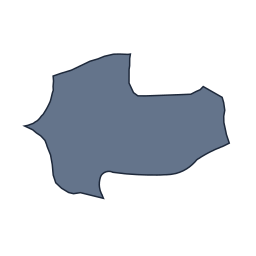 outline of Dumyat 1, Dumyat, Egypt, rotated 189°
{"feature_id": "37247803B95914699067070", "entity_name": "Dumyat 1", "entity_type": "district", "adm_level": 2, "iso_a3": "EGY", "parent_name": "Egypt", "parent_adm1": "Dumyat", "projection": "robinson", "projection_center": [31.808, 31.407], "detail": "fine", "context": "isolated", "style": "filled", "palette": "slate", "viewbox_px": 256, "rotation_deg": 189, "n_neighbors": 0, "source": "geoboundaries", "source_scale": "gbopen_adm2", "svg_char_len": 2488}
<svg xmlns="http://www.w3.org/2000/svg" viewBox="0 0 256 256"><g transform="rotate(189 128 128)"><path d="M230.4,113.8L221.8,111.3L217.7,108.8L213.1,106.7L211.1,105.2L208.0,102.7L207.7,102.2L206.5,100.1L206.1,99.5L204.9,97.0L200.3,89.3L197.1,80.1L194.5,69.8L190.8,62.6L184.2,58.1L176.6,55.0L171.5,54.6L164.9,56.7L152.0,55.6L141.3,54.7L141.5,55.0L141.8,55.5L142.7,57.0L143.3,58.1L143.5,58.2L143.6,58.4L144.1,59.1L144.3,59.5L144.6,59.9L145.0,60.7L145.3,61.1L145.5,61.5L145.9,62.3L146.0,62.7L146.2,63.1L146.5,64.0L146.7,64.4L146.8,64.8L147.1,65.7L147.2,66.2L147.3,66.6L147.5,67.5L147.6,67.9L147.6,68.4L147.7,69.3L147.8,69.8L147.8,70.2L147.8,71.1L147.8,71.6L147.8,72.0L147.8,72.9L147.7,73.3L147.7,73.8L147.6,74.8L147.5,75.2L147.4,75.7L147.2,76.5L147.1,76.8L146.9,77.3L146.6,77.8L146.3,78.3L145.9,78.8L145.5,79.2L145.1,79.7L144.6,80.1L144.4,80.3L144.2,80.4L143.7,80.8L143.4,80.9L143.2,81.1L142.6,81.4L142.1,81.6L141.5,81.8L141.0,82.0L140.4,82.1L139.8,82.2L139.2,82.3L138.6,82.3L138.3,82.3L138.0,82.3L137.4,82.2L136.8,82.1L136.6,82.0L136.2,82.0L136.0,81.9L126.0,82.3L125.6,82.3L125.2,82.3L121.9,82.5L118.6,82.8L115.2,83.1L111.9,83.4L108.5,83.8L105.2,84.2L101.9,84.6L98.6,85.1L98.3,85.1L98.0,85.2L95.3,85.6L91.9,86.1L88.6,86.7L85.4,87.4L82.1,88.0L81.0,88.3L80.9,88.3L79.6,88.6L78.4,88.9L77.3,89.3L76.1,89.7L75.0,90.1L73.8,90.5L72.7,91.0L71.6,91.6L70.5,92.1L69.5,92.7L68.4,93.4L67.4,94.0L66.4,94.7L65.4,95.5L64.5,96.2L63.5,97.0L62.6,97.9L62.2,98.3L61.7,98.7L60.9,99.6L60.5,100.0L60.1,100.5L59.3,101.4L58.9,101.9L58.5,102.4L57.7,103.4L57.4,103.9L57.0,104.4L56.3,105.4L56.0,105.9L55.7,106.4L55.2,107.3L54.8,107.6L54.5,108.0L52.8,109.4L51.2,110.9L49.5,112.3L47.8,113.7L46.0,115.1L44.3,116.4L42.5,117.7L40.7,118.9L38.9,120.2L37.0,121.4L35.1,122.5L33.3,123.7L32.0,124.4L30.5,125.4L28.4,126.9L26.3,128.4L25.8,128.7L25.6,128.9L29.8,137.0L31.0,140.2L34.2,148.5L35.3,154.6L35.2,160.7L37.5,168.1L39.8,173.0L60.2,180.7L62.7,177.1L66.3,174.8L71.2,171.2L82.1,169.0L115.9,162.4L116.0,162.4L123.3,161.3L128.1,163.8L134.0,172.5L136.1,186.0L136.1,189.6L137.2,197.0L137.2,201.4L139.5,200.7L148.0,199.7L154.0,198.6L162.6,195.1L168.6,191.5L176.0,188.0L193.1,176.2L202.8,171.5L210.1,167.6L209.7,166.0L208.9,162.7L208.5,157.3L207.7,153.6L208.2,150.7L208.6,145.3L208.9,142.5L209.0,142.1L209.1,141.6L209.9,138.8L210.7,136.3L211.6,133.8L212.8,130.9L214.0,128.1L215.3,126.4L216.9,123.5L218.6,121.1L221.0,119.1L222.2,117.8L225.1,116.2L227.2,115.0L230.4,113.8Z" fill="#64748b" stroke="#1e293b" stroke-width="1.5"/></g></svg>